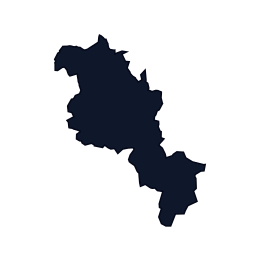 the district of Mangu, Plateau, Nigeria, rotated 324°
{"feature_id": "59680162B68239008143557", "entity_name": "Mangu", "entity_type": "district", "adm_level": 2, "iso_a3": "NGA", "parent_name": "Nigeria", "parent_adm1": "Plateau", "projection": "mercator", "projection_center": [9.188, 9.38], "detail": "fine", "context": "isolated", "style": "filled", "palette": "ink", "viewbox_px": 256, "rotation_deg": 324, "n_neighbors": 0, "source": "geoboundaries", "source_scale": "gbopen_adm2", "svg_char_len": 2575}
<svg xmlns="http://www.w3.org/2000/svg" viewBox="0 0 256 256"><g transform="rotate(324 128 128)"><path d="M123.3,23.7L118.0,25.3L117.2,26.6L115.3,26.2L109.0,29.4L108.8,31.6L107.1,32.3L106.9,33.1L103.0,38.5L104.9,40.1L110.4,40.3L112.3,41.2L112.5,42.0L112.7,45.2L112.0,47.3L111.4,49.7L111.6,51.7L118.7,54.2L118.7,54.3L116.2,59.3L115.0,61.4L114.5,63.6L113.6,65.0L112.1,69.9L110.7,70.8L108.9,71.9L104.5,70.8L102.1,72.0L100.1,72.2L99.2,71.5L92.4,74.6L92.0,75.1L91.9,75.1L89.3,79.6L91.7,82.4L90.8,87.1L83.1,86.0L83.2,88.3L80.6,92.8L80.5,93.2L80.6,93.3L82.8,95.4L83.5,96.9L85.8,99.8L87.3,102.2L86.8,103.0L82.8,102.9L79.9,106.6L81.3,109.8L82.7,111.3L82.1,113.1L83.3,116.5L89.7,119.0L89.8,119.7L90.9,121.6L90.3,122.6L96.0,128.8L99.1,128.1L100.3,132.1L101.8,134.9L105.0,136.6L104.8,142.6L111.3,141.9L116.3,144.2L119.3,146.1L120.5,147.0L120.6,148.3L120.5,148.8L118.4,149.7L114.0,151.1L110.0,153.9L109.3,156.1L109.9,158.2L111.3,162.2L110.0,168.6L110.1,169.9L110.6,170.5L105.3,179.2L103.8,182.5L108.9,183.7L111.1,189.7L112.3,191.1L114.5,192.4L115.0,195.9L118.9,199.8L108.7,207.7L106.8,210.8L107.8,212.8L100.6,218.1L98.9,225.0L101.1,229.5L105.0,232.3L115.8,225.4L122.9,230.3L125.7,228.5L130.8,226.0L140.7,227.9L144.0,217.4L147.6,217.0L153.3,208.6L153.3,207.3L154.1,205.6L155.5,205.1L161.5,205.6L164.3,207.3L169.0,202.9L167.7,202.2L160.2,193.3L157.2,186.1L158.6,180.2L153.5,176.0L149.2,175.9L147.5,176.5L141.2,174.5L142.8,170.7L143.9,164.5L142.9,160.2L143.9,159.4L144.6,159.3L145.5,159.0L148.2,158.5L150.7,157.9L149.0,155.3L152.7,150.4L152.0,149.4L153.2,144.6L155.1,143.0L156.6,140.6L153.7,137.0L156.3,134.2L158.2,133.7L161.6,131.3L163.9,131.6L170.4,128.4L170.4,128.0L172.5,122.9L174.8,120.2L176.1,118.5L174.1,115.3L172.6,114.0L168.9,112.7L166.6,109.0L168.3,107.9L170.2,103.5L169.5,100.5L170.6,100.0L175.9,91.2L169.6,92.5L167.6,97.2L163.4,96.8L163.1,92.2L163.4,91.8L162.1,88.5L162.0,86.7L161.8,85.3L162.4,83.9L162.5,79.0L167.9,75.1L165.0,72.6L165.3,71.3L166.5,64.7L171.6,65.6L168.3,62.3L161.8,60.5L161.0,60.3L163.1,57.2L162.6,57.0L161.8,56.2L161.2,55.6L160.4,54.8L159.5,54.0L159.5,52.8L159.4,52.5L159.4,51.7L160.4,49.5L161.4,47.7L161.4,46.6L161.5,46.2L162.2,43.8L162.3,43.2L161.2,42.7L161.1,40.5L160.5,38.2L160.4,37.7L159.5,36.1L159.1,36.4L158.4,36.9L157.3,38.0L154.5,41.2L152.5,41.1L143.5,40.6L142.2,40.6L140.1,40.1L138.3,39.2L137.5,37.3L136.5,34.5L136.1,34.4L135.1,33.4L134.9,33.1L134.0,31.5L133.0,31.4L132.2,30.7L131.5,30.1L130.3,28.5L130.1,28.3L129.2,27.4L127.9,26.7L126.4,25.9L125.6,25.3L124.9,24.8L124.1,24.3L123.3,23.7Z" fill="#0f172a" stroke="#020617" stroke-width="1.5"/></g></svg>